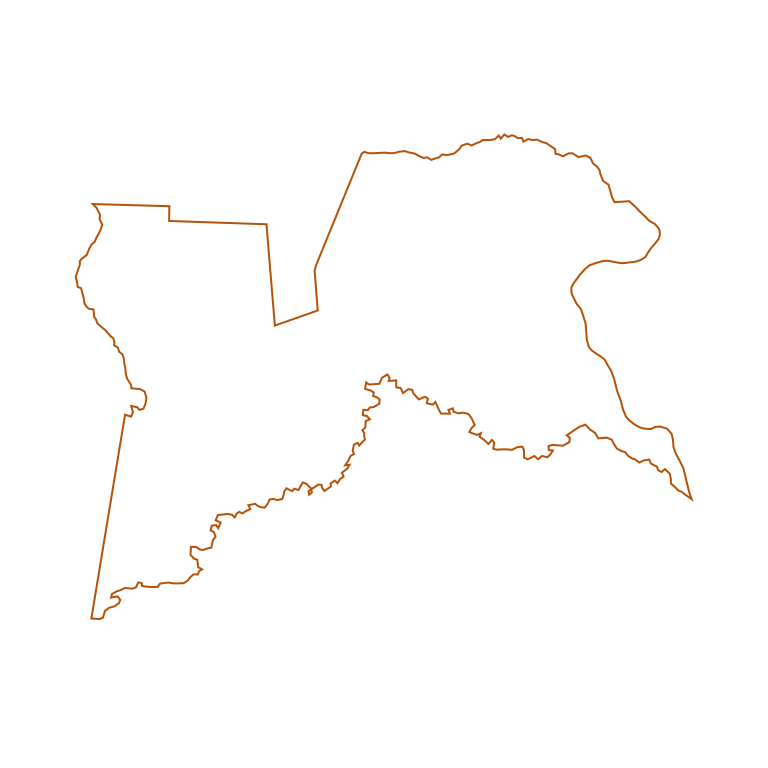 the district of Britânia, Goiás, Brazil, rotated 95°
{"feature_id": "56859067B24733519848985", "entity_name": "Britânia", "entity_type": "district", "adm_level": 2, "iso_a3": "BRA", "parent_name": "Brazil", "parent_adm1": "Goiás", "projection": "mercator", "projection_center": [-51.172, -15.205], "detail": "fine", "context": "isolated", "style": "outline", "palette": "amber", "viewbox_px": 768, "rotation_deg": 95, "n_neighbors": 0, "source": "geoboundaries", "source_scale": "gbopen_adm2", "svg_char_len": 5245}
<svg xmlns="http://www.w3.org/2000/svg" viewBox="0 0 768 768"><g transform="rotate(95 384 384)"><path d="M180.5,155.7L182.8,170.2L178.7,172.8L165.8,177.8L162.7,183.4L156.1,186.7L152.2,187.9L148.7,190.9L146.0,195.0L140.8,198.1L138.8,202.9L141.0,210.1L137.8,216.3L138.1,220.2L141.6,225.6L140.0,229.9L139.8,233.1L135.1,234.1L129.9,243.3L129.2,247.5L127.2,252.9L128.1,256.8L127.4,261.8L130.4,266.3L126.8,268.0L127.4,272.1L125.7,275.2L125.1,278.4L127.0,281.8L124.9,285.9L129.4,289.1L126.5,291.3L130.4,294.8L131.7,299.7L132.4,307.0L134.6,309.7L136.3,313.5L138.8,317.4L137.3,321.7L139.7,327.3L143.8,329.7L146.3,332.2L148.5,334.6L150.5,341.4L150.2,346.1L153.4,348.9L154.6,352.1L156.6,356.5L154.4,360.9L155.4,364.1L153.8,369.0L151.8,373.4L151.2,378.8L150.2,383.4L151.2,389.0L153.1,393.9L153.6,399.0L153.4,402.6L154.0,407.4L155.1,415.1L155.4,419.8L154.4,423.8L156.4,426.3L271.9,462.1L277.2,463.0L316.5,456.4L335.3,497.8L267.4,509.5L235.1,515.0L237.7,563.2L240.3,612.3L225.6,613.3L230.1,689.8L233.6,685.7L240.0,681.7L244.7,681.6L249.9,678.6L255.4,679.8L263.8,683.4L267.5,684.5L270.5,687.5L274.8,689.4L281.4,691.4L284.8,695.3L288.0,697.8L291.6,697.4L298.8,699.2L304.3,700.5L308.8,698.8L314.0,697.6L315.0,694.1L323.4,691.0L329.8,689.4L333.2,686.8L334.9,684.2L334.9,680.0L342.4,678.6L344.9,676.5L348.6,674.8L351.7,670.6L355.0,665.9L360.0,660.8L362.2,657.5L365.4,656.3L369.1,656.2L370.9,652.3L374.9,650.7L377.3,647.1L382.5,645.0L386.3,644.5L389.9,643.3L396.6,642.1L401.3,640.2L403.8,638.3L407.0,635.9L410.3,635.3L410.3,631.1L410.4,626.4L412.5,621.7L418.7,619.4L424.6,619.9L429.5,621.5L431.1,625.4L428.6,627.9L428.0,633.9L433.9,631.7L438.5,633.0L437.2,639.3L643.1,655.1L642.9,646.6L641.3,643.6L634.4,642.2L630.9,638.4L629.0,633.2L625.5,629.0L622.1,627.9L618.8,630.9L620.5,637.2L617.0,636.8L614.3,633.0L612.3,628.6L609.7,624.1L609.9,617.2L608.4,613.5L603.0,611.5L603.4,608.1L606.4,607.3L606.6,600.1L605.9,591.8L602.3,589.6L600.6,581.6L601.0,575.9L600.5,571.2L599.8,566.1L597.0,562.5L593.4,560.2L590.2,557.1L590.0,552.9L586.4,551.8L584.5,549.1L582.7,553.1L575.4,554.7L574.5,558.0L571.0,561.9L566.3,562.0L563.1,562.1L562.6,557.1L564.9,553.1L565.2,549.8L563.7,547.0L562.1,541.8L554.7,540.8L550.7,538.6L546.6,540.4L544.9,544.0L540.1,543.2L539.2,538.8L542.2,536.6L536.2,534.7L534.5,539.8L529.0,538.0L527.1,528.2L527.6,523.8L529.9,521.1L526.1,519.6L524.0,517.1L525.3,513.7L522.5,510.3L520.3,506.3L516.5,508.5L514.6,501.9L516.4,499.2L517.4,496.2L517.6,492.2L513.7,489.5L508.9,487.8L508.2,484.0L508.9,480.0L507.4,475.4L503.8,474.4L500.0,474.1L496.4,472.2L497.6,469.2L498.7,466.1L496.1,464.2L497.1,460.0L492.8,458.1L489.1,456.3L490.2,452.5L494.9,447.2L493.1,444.4L489.9,440.7L490.0,437.3L493.2,436.4L495.8,434.1L490.8,428.0L487.7,428.5L484.5,424.5L486.8,421.7L482.5,419.5L479.8,416.2L476.0,418.2L471.4,413.1L467.4,411.3L468.4,415.6L463.7,413.0L458.5,411.0L456.3,407.8L453.2,409.4L447.1,408.7L444.9,405.1L447.6,403.4L443.9,400.7L440.9,398.1L437.9,399.2L434.5,399.4L432.0,401.5L429.0,398.8L422.6,399.0L420.4,395.0L417.4,398.2L416.9,402.4L411.5,402.3L411.5,397.9L408.5,396.0L408.0,392.3L404.0,386.9L399.7,387.0L397.6,390.6L397.0,393.7L393.4,393.5L391.7,396.5L390.5,402.4L384.0,401.9L385.8,398.8L384.2,388.7L377.8,386.4L374.2,381.3L377.6,378.9L380.6,379.5L379.3,372.2L386.2,371.5L386.6,367.1L391.4,364.2L387.0,359.3L387.4,355.3L390.5,354.2L396.3,348.0L393.1,342.1L394.7,339.0L399.5,339.7L400.3,333.6L397.4,331.3L405.2,326.9L408.5,324.7L407.8,315.7L404.2,317.5L402.3,313.4L405.7,312.2L406.7,307.2L405.6,302.5L406.5,297.3L410.3,293.9L416.9,290.1L420.5,293.1L424.3,294.8L425.4,291.7L426.6,286.8L424.6,283.2L428.3,284.2L431.1,279.1L434.7,274.8L430.3,271.7L432.7,269.2L439.0,269.4L439.6,265.9L438.7,260.0L438.4,255.5L438.4,250.8L435.2,245.4L434.4,240.7L437.7,238.8L445.1,238.0L446.5,234.3L442.6,227.8L445.6,224.0L441.9,220.3L442.7,215.0L440.1,212.4L435.6,210.0L435.4,214.1L431.5,214.7L430.0,211.0L429.9,200.4L425.8,194.3L421.4,194.2L419.2,197.5L416.2,193.8L413.9,191.0L409.7,185.7L406.9,179.8L411.5,174.7L414.2,169.6L419.5,165.8L418.0,157.5L419.6,152.3L424.4,149.2L428.0,146.4L430.1,141.7L430.9,137.7L434.2,134.7L436.5,130.7L437.2,127.3L440.0,122.8L437.5,118.6L436.2,113.2L439.9,111.3L442.6,104.8L445.9,103.5L447.5,99.9L444.3,96.7L448.4,91.5L453.8,89.9L458.2,89.5L461.4,85.1L464.4,81.5L465.6,77.9L468.9,72.7L471.9,67.5L464.5,70.8L457.7,73.1L453.6,74.5L450.1,75.6L441.6,78.5L434.0,83.2L428.0,87.2L421.6,90.1L414.2,91.3L408.5,93.2L404.0,97.9L402.3,105.0L403.1,110.2L405.6,114.2L405.8,118.4L405.5,122.9L404.3,127.0L402.1,131.6L398.9,136.3L395.5,140.0L388.7,143.6L380.0,146.7L370.4,151.2L358.3,155.4L351.1,158.9L345.6,162.9L340.5,166.2L337.5,170.9L334.8,176.1L332.3,180.2L329.1,183.3L322.2,185.8L312.0,187.5L306.3,188.4L299.1,191.3L292.5,194.2L286.9,199.4L280.1,203.5L277.0,205.1L271.7,205.8L268.2,204.4L265.1,202.7L261.8,200.6L258.5,198.7L251.7,193.5L247.7,189.4L245.3,184.2L242.3,176.2L241.7,171.7L242.2,166.5L243.0,158.4L242.4,154.2L240.8,146.9L240.0,143.3L237.8,138.7L234.8,134.7L231.1,133.0L226.4,130.5L220.4,126.2L215.7,123.1L211.3,122.2L206.9,122.8L204.3,124.5L200.9,128.3L198.2,134.2L195.0,137.7L191.2,142.5L189.2,145.0L185.4,149.2L183.1,152.3L180.5,155.7ZM494.9,447.2L497.5,449.9L500.8,448.9L498.5,446.5L494.9,447.2Z" fill="none" stroke="#b45309" stroke-width="2"/></g></svg>